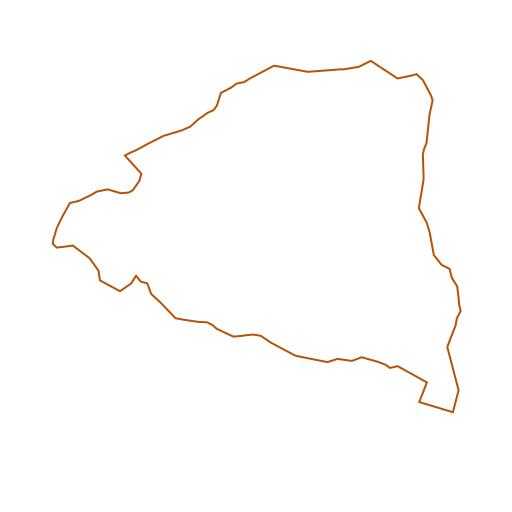 Edati, Niger, Nigeria, rotated 351°
{"feature_id": "59680162B83278495681126", "entity_name": "Edati", "entity_type": "district", "adm_level": 2, "iso_a3": "NGA", "parent_name": "Nigeria", "parent_adm1": "Niger", "projection": "natural_earth1", "projection_center": [5.641, 9.026], "detail": "fine", "context": "isolated", "style": "outline", "palette": "amber", "viewbox_px": 512, "rotation_deg": 351, "n_neighbors": 0, "source": "geoboundaries", "source_scale": "gbopen_adm2", "svg_char_len": 1663}
<svg xmlns="http://www.w3.org/2000/svg" viewBox="0 0 512 512"><g transform="rotate(351 256 256)"><path d="M449.4,143.9L454.8,129.8L454.0,125.0L448.4,108.5L442.9,101.4L439.5,102.0L423.6,102.8L400.0,81.3L397.6,81.9L387.5,85.2L371.7,85.4L369.3,84.9L335.9,82.2L305.9,71.6L303.4,70.9L278.0,79.6L271.6,82.3L268.8,82.5L263.6,82.7L257.9,85.8L246.9,89.4L240.8,101.5L239.2,103.0L237.6,104.6L236.8,105.3L230.6,107.0L220.0,112.2L211.7,117.8L202.3,120.3L183.4,122.9L167.3,128.1L154.2,132.7L148.4,134.2L142.2,136.3L148.6,146.0L155.6,156.7L152.8,163.2L147.3,169.1L144.5,171.8L143.7,172.1L140.3,173.4L140.0,173.4L132.4,172.9L119.9,167.0L119.6,167.0L108.8,167.5L101.9,170.2L89.4,173.9L80.6,174.5L70.4,187.4L63.7,197.1L58.2,208.4L57.2,212.2L60.5,216.5L72.5,217.0L76.3,217.0L76.7,217.0L91.4,232.3L98.1,245.8L98.1,255.7L116.1,269.5L128.4,263.6L134.5,256.8L138.2,263.3L144.3,266.0L146.6,277.2L154.2,286.8L166.7,304.8L173.9,307.4L184.0,310.6L189.4,312.2L193.6,313.0L197.5,313.9L200.0,315.8L202.5,317.6L205.7,321.7L221.1,332.1L229.6,332.7L229.9,332.7L230.4,332.6L235.3,332.8L241.1,333.2L248.1,335.5L251.2,338.3L257.0,343.8L266.8,351.2L279.4,360.7L300.2,368.4L309.8,371.9L309.9,372.0L319.9,370.4L320.1,370.3L334.3,374.6L334.5,374.6L344.2,372.6L344.4,372.5L359.7,379.5L367.1,383.8L370.8,387.5L378.3,387.0L378.7,387.0L405.0,407.6L394.4,425.8L426.0,441.1L435.1,420.3L430.7,375.9L435.0,368.2L442.2,356.0L444.6,349.0L449.5,342.4L449.0,335.4L449.5,330.0L450.0,317.5L446.0,308.2L445.2,299.0L437.9,293.8L431.8,282.9L431.2,259.8L429.8,249.7L424.3,234.3L433.3,207.2L434.0,203.3L436.6,182.2L438.7,176.7L442.0,171.2L445.4,158.8L449.4,143.9Z" fill="none" stroke="#b45309" stroke-width="2"/></g></svg>